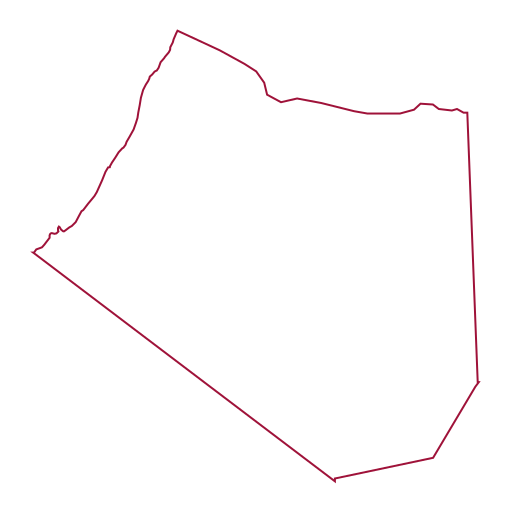 Morne La Croix, Soufrière, Saint Lucia
{"feature_id": "8701671B11486827062004", "entity_name": "Morne La Croix", "entity_type": "district", "adm_level": 2, "iso_a3": "LCA", "parent_name": "Saint Lucia", "parent_adm1": "Soufrière", "projection": "mercator", "projection_center": [-61.064, 13.818], "detail": "fine", "context": "isolated", "style": "outline", "palette": "rose", "viewbox_px": 512, "rotation_deg": 0, "n_neighbors": 0, "source": "geoboundaries", "source_scale": "gbopen_adm2", "svg_char_len": 1298}
<svg xmlns="http://www.w3.org/2000/svg" viewBox="0 0 512 512"><path d="M478.8,382.1L477.7,382.0L467.3,112.7L463.6,112.7L457.0,109.0L451.9,110.5L438.8,109.0L432.9,104.5L420.5,103.7L414.0,109.7L400.1,113.5L367.2,113.5L354.1,111.2L321.2,103.0L297.1,98.5L281.0,102.2L267.1,94.7L264.2,82.7L256.2,71.4L244.5,63.9L219.7,50.3L177.5,30.7L176.2,33.3L173.6,39.4L173.1,41.3L172.7,42.6L170.3,47.2L170.1,49.8L168.8,52.3L165.0,56.8L164.1,58.2L160.6,62.2L159.0,66.7L158.6,67.8L156.8,70.5L155.5,71.1L154.6,71.6L152.2,74.5L150.7,75.8L149.8,76.6L149.2,78.8L148.1,81.1L145.9,84.5L144.6,87.0L143.1,90.0L140.9,97.8L139.7,105.2L138.3,112.4L137.5,117.9L135.9,123.0L133.6,129.5L129.7,136.5L126.6,141.8L125.5,144.9L123.4,147.7L122.3,148.3L118.6,152.3L115.3,157.6L112.0,162.5L110.0,166.1L109.8,167.2L108.1,167.4L105.5,171.8L102.1,180.3L96.8,192.1L94.4,196.1L88.1,203.7L83.2,210.1L81.5,211.2L78.8,216.2L75.7,222.1L71.8,226.0L69.3,227.4L65.4,230.4L63.9,231.4L63.0,231.2L61.0,229.5L59.7,227.2L58.9,226.6L58.0,228.1L58.0,230.2L58.4,231.5L56.4,233.4L54.5,233.8L51.8,233.1L51.0,233.3L50.3,233.8L49.6,235.3L49.6,237.8L46.2,242.2L44.4,244.6L42.0,247.3L39.6,248.2L36.3,249.4L35.2,250.9L34.6,251.8L33.7,252.6L33.2,252.6L334.9,481.3L334.9,478.5L433.1,457.8L475.4,386.6L478.8,382.1Z" fill="none" stroke="#9f1239" stroke-width="2"/></svg>